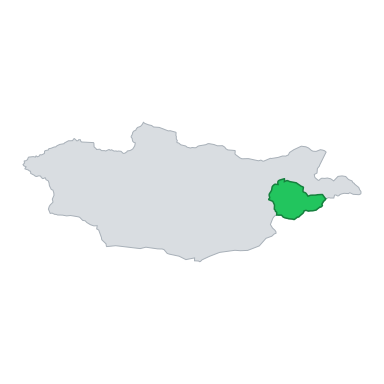 Sühbaatar highlighted on a map of Mongolia
{"feature_id": "MNG-3333", "entity_name": "Sühbaatar", "entity_type": "Province", "adm_level": 1, "iso_a3": "MNG", "parent_name": "Mongolia", "parent_adm1": "", "projection": "robinson", "projection_center": [113.466, 46.275], "detail": "fine", "context": "in_parent", "style": "filled", "palette": "green", "viewbox_px": 384, "rotation_deg": 0, "n_neighbors": 0, "source": "natural_earth", "source_scale": "10m", "svg_char_len": 5843}
<svg xmlns="http://www.w3.org/2000/svg" viewBox="0 0 384 384"><path d="M24.3,160.9L25.5,160.9L27.6,159.6L28.0,158.0L28.7,157.1L33.4,156.6L35.4,157.1L35.9,156.0L36.3,155.9L37.3,156.8L38.4,156.4L39.2,156.0L40.0,154.7L41.6,154.9L44.4,153.5L44.6,151.1L45.7,150.5L48.2,150.0L48.7,148.9L49.2,148.6L51.0,148.3L54.2,147.0L55.7,146.9L56.9,145.8L59.8,144.4L64.0,143.7L64.4,143.0L68.4,140.8L72.5,140.7L73.8,138.8L74.4,138.6L76.9,140.9L78.1,140.6L78.7,139.7L80.3,139.7L80.8,141.3L81.7,142.0L93.5,142.6L93.9,143.2L94.1,146.9L96.1,148.7L96.5,149.5L99.8,149.2L101.6,150.6L104.4,150.6L105.8,151.0L108.7,149.6L109.4,149.6L110.2,150.3L111.6,149.8L114.1,151.1L116.1,150.9L117.0,151.4L118.2,151.0L121.0,151.3L123.2,153.4L124.8,153.2L126.8,151.9L127.3,151.0L130.1,150.5L131.8,149.6L132.9,148.8L134.7,145.9L135.3,142.9L133.9,142.4L132.8,141.4L132.3,139.8L132.3,138.7L131.1,137.0L131.3,136.1L132.2,134.7L132.8,132.3L133.9,131.0L135.8,130.2L136.1,129.3L137.4,127.5L140.5,126.4L142.3,124.4L143.4,122.3L144.8,123.4L148.5,124.8L151.6,125.5L153.6,127.0L159.2,127.4L168.3,130.9L170.2,130.7L175.7,132.2L176.1,132.7L175.9,135.4L176.3,136.2L176.3,139.0L177.3,140.5L176.8,142.2L177.3,142.7L178.7,143.0L180.8,144.8L185.7,146.0L187.1,147.2L190.4,148.0L192.2,147.5L195.1,147.8L196.1,147.6L198.0,146.2L199.2,145.8L205.8,144.7L207.6,143.8L208.8,143.6L213.9,144.5L217.4,145.8L222.5,145.7L224.8,147.2L225.8,148.7L227.8,149.9L234.9,150.5L235.2,150.8L235.0,153.9L235.3,154.4L239.8,157.8L241.9,158.8L248.4,158.6L258.5,160.8L260.9,160.1L263.0,161.2L263.8,161.1L270.4,158.3L271.4,158.5L278.2,157.4L282.5,156.0L285.7,156.1L288.4,154.9L289.5,152.5L293.8,149.7L301.3,146.2L305.9,146.8L308.6,148.0L311.5,150.5L313.1,151.2L316.1,151.4L320.4,149.7L322.7,150.1L324.7,150.8L326.1,152.1L319.6,165.2L319.5,165.9L317.4,168.6L317.0,173.0L314.3,174.5L314.7,177.0L315.3,177.9L318.3,180.4L319.3,180.1L320.2,179.1L321.8,178.2L324.8,178.4L327.4,178.0L330.7,178.8L333.7,180.9L338.0,176.4L342.0,175.9L345.7,176.5L348.5,179.5L352.0,180.9L352.9,182.6L354.2,183.3L354.6,184.1L358.8,187.5L359.7,189.8L360.9,191.4L361.0,193.1L360.7,193.9L359.0,194.7L353.2,194.3L349.8,192.7L348.5,193.6L344.1,193.3L341.6,193.9L339.9,194.6L338.9,195.6L338.1,195.9L337.4,195.9L336.0,195.0L334.9,195.0L334.5,195.2L333.8,198.0L330.1,198.0L328.8,197.6L325.6,198.9L325.2,200.0L323.5,201.5L322.0,204.3L322.3,205.5L321.8,206.2L319.0,207.7L316.4,209.9L310.8,210.8L308.2,211.0L306.3,210.5L304.4,210.8L302.9,213.3L299.2,216.4L293.9,219.4L284.5,217.6L283.3,217.1L281.3,215.2L275.8,215.2L274.2,216.4L272.8,218.3L270.4,224.5L272.5,228.0L275.0,230.3L276.0,231.9L276.0,233.3L274.3,233.9L271.8,236.2L266.0,238.3L259.3,245.9L247.7,250.4L240.5,250.7L234.9,250.3L219.6,252.4L209.6,256.3L202.1,259.8L200.5,261.4L199.7,261.7L198.4,261.0L194.5,260.8L194.6,257.9L185.9,259.6L179.1,256.2L169.2,254.1L167.2,253.4L164.0,249.6L162.2,249.0L157.8,248.9L145.9,247.2L140.2,248.6L115.7,245.7L106.7,246.6L106.4,246.2L106.0,243.8L102.1,240.1L101.6,239.1L101.5,237.7L98.7,230.0L96.7,228.9L97.2,225.7L93.9,225.9L90.4,224.7L86.8,222.5L85.2,220.8L82.7,220.4L79.7,217.3L78.2,216.8L70.5,215.5L66.6,215.9L62.4,215.1L57.6,215.0L56.2,214.4L54.8,214.4L52.1,213.1L50.2,213.4L48.4,209.1L49.3,206.3L50.4,204.7L52.9,202.3L52.9,201.4L52.3,199.2L54.0,195.3L53.8,192.8L52.9,190.1L51.3,189.5L49.4,185.7L49.0,182.8L48.2,180.8L46.0,179.7L45.4,177.9L44.7,177.8L44.1,178.3L42.7,178.6L41.3,177.5L40.7,176.2L39.8,175.9L38.3,175.9L36.8,176.5L35.3,176.2L34.0,175.1L30.7,173.4L30.7,172.1L30.3,171.2L29.3,170.9L28.3,170.0L25.0,168.9L25.0,168.3L26.1,166.9L23.8,165.8L23.0,164.6L24.6,163.0L24.2,162.0L24.3,160.9Z" fill="#d9dde1" stroke="#a8b0b8" stroke-width="1"/><path d="M325.8,198.8L325.7,198.9L325.5,199.3L325.4,199.6L325.2,199.8L323.5,201.4L322.0,204.0L321.9,204.3L322.1,204.8L322.3,205.1L322.4,205.4L322.2,205.8L321.6,206.6L321.3,206.8L320.8,207.0L320.6,207.1L320.4,207.1L319.9,207.0L319.6,207.3L317.3,209.0L316.5,209.8L316.2,210.0L315.9,210.1L314.1,210.5L312.7,210.8L310.4,210.8L308.4,211.1L308.1,211.0L306.3,210.4L305.9,210.4L305.5,210.4L304.1,210.9L304.0,211.0L303.9,211.1L303.8,211.7L303.7,212.0L303.4,212.6L302.9,213.3L300.6,215.2L300.1,215.5L299.9,215.8L299.7,216.1L299.3,216.5L299.0,216.8L298.6,217.0L298.1,217.1L297.4,217.1L297.2,217.2L296.6,217.8L295.5,218.5L294.9,219.1L294.5,219.4L294.1,219.5L293.3,219.4L293.2,219.4L292.9,219.1L292.7,219.1L288.7,218.8L287.8,218.4L287.3,218.4L284.9,217.8L283.5,217.2L283.2,217.0L282.9,216.8L282.5,216.1L281.6,215.3L281.3,215.1L281.0,215.1L278.0,215.1L277.0,214.8L276.7,214.9L276.7,214.0L276.7,213.4L276.7,212.8L276.7,212.5L276.6,212.2L276.3,211.9L276.1,211.7L275.8,211.6L275.6,211.4L275.4,211.1L275.3,210.3L275.2,210.0L274.8,209.7L274.5,209.5L274.4,209.4L274.3,208.9L274.5,205.4L274.4,204.7L274.1,204.1L273.2,202.2L273.0,201.7L272.9,201.5L272.7,201.3L268.8,199.7L268.7,199.3L268.8,199.1L268.9,198.9L269.6,198.1L269.7,197.9L269.7,197.6L269.7,197.3L269.6,197.0L269.3,196.1L269.2,195.6L269.2,195.3L269.2,194.3L269.4,193.8L269.7,193.3L270.7,191.8L271.4,190.6L271.7,189.7L272.1,187.2L272.2,186.8L272.4,186.5L272.8,185.9L273.9,184.9L274.2,184.6L274.6,184.4L275.1,184.2L275.3,184.2L275.5,184.2L276.8,184.4L278.1,184.5L277.9,183.7L277.8,183.1L277.8,182.7L277.9,182.0L277.9,181.7L278.0,181.5L278.1,181.3L278.2,181.1L278.4,180.9L278.5,180.8L278.8,180.6L279.4,180.2L282.6,179.2L283.2,179.1L283.3,179.1L283.6,178.9L284.4,178.8L284.5,180.0L284.4,181.6L286.2,180.8L286.6,180.7L286.9,180.6L287.2,180.6L287.7,180.7L289.8,181.6L296.2,182.8L301.0,186.1L302.9,186.9L303.1,187.1L303.3,187.2L303.4,187.6L303.0,190.0L303.0,191.1L303.0,191.4L303.1,191.7L303.3,191.9L303.4,192.0L303.6,192.1L304.8,192.5L305.2,192.7L305.5,192.9L305.8,193.1L306.1,193.4L306.7,194.2L308.0,196.2L309.8,195.5L310.8,195.2L315.7,195.1L317.7,194.7L322.2,194.5L322.4,194.6L322.6,194.7L322.7,194.9L324.9,197.9L325.8,198.8L325.8,198.8Z" fill="#22c55e" stroke="#15803d" stroke-width="1.5"/></svg>